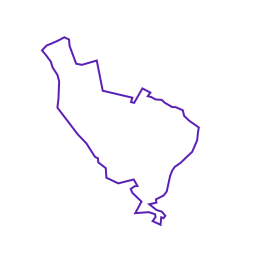 Kiziltepa, Navoi, Uzbekistan (Natural Earth projection), rotated 169°
{"feature_id": "79887680B30897386041175", "entity_name": "Kiziltepa", "entity_type": "district", "adm_level": 2, "iso_a3": "UZB", "parent_name": "Uzbekistan", "parent_adm1": "Navoi", "projection": "natural_earth1", "projection_center": [64.933, 39.801], "detail": "fine", "context": "isolated", "style": "outline", "palette": "violet", "viewbox_px": 256, "rotation_deg": 169, "n_neighbors": 0, "source": "geoboundaries", "source_scale": "gbopen_adm2", "svg_char_len": 1036}
<svg xmlns="http://www.w3.org/2000/svg" viewBox="0 0 256 256"><g transform="rotate(169 128 128)"><path d="M99.2,153.9L102.5,155.4L99.3,158.5L106.3,164.1L117.2,151.5L120.1,152.9L117.9,156.9L145.7,169.4L145.8,200.2L161.2,198.8L166.6,201.0L169.7,219.7L169.0,226.1L173.2,229.2L180.0,227.1L187.5,225.4L192.2,224.5L197.6,220.6L194.3,214.6L193.3,212.4L191.1,207.9L190.5,201.9L187.1,193.5L186.7,186.8L190.6,170.3L193.4,161.4L184.4,143.3L178.6,131.4L171.8,120.9L165.9,105.9L163.3,104.1L163.7,99.8L157.5,92.9L158.7,83.3L148.1,75.5L132.2,76.4L129.8,69.3L132.8,69.5L137.0,67.6L136.0,63.4L128.8,53.2L137.1,43.0L131.8,42.4L123.6,41.4L117.9,38.2L117.9,35.4L121.6,31.9L114.5,26.8L112.4,34.0L110.4,32.7L108.1,34.7L110.8,39.5L115.6,42.0L121.7,49.1L114.4,49.3L114.2,52.6L105.8,55.0L102.1,58.3L95.8,72.9L92.8,77.7L89.7,80.8L83.0,83.8L77.4,87.4L69.5,92.4L62.4,102.8L60.2,110.2L58.4,115.0L60.2,116.9L66.5,123.4L70.6,129.2L70.8,134.9L77.2,139.4L80.6,140.1L86.9,145.6L89.6,149.2L95.5,150.8L99.2,153.9Z" fill="none" stroke="#5b21b6" stroke-width="2"/></g></svg>